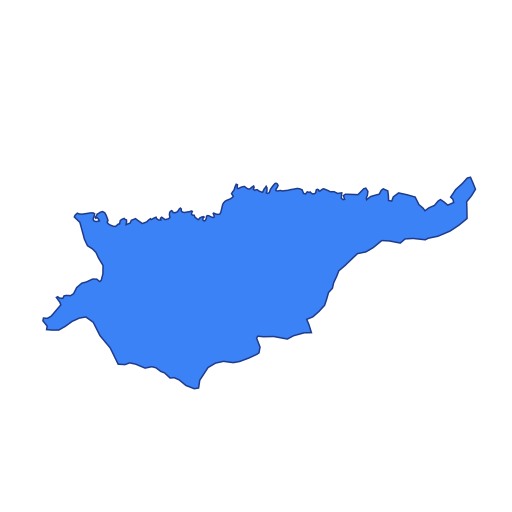 outline of Jaedae, Sinoe, Liberia, rotated 201°
{"feature_id": "62588387B27805419534049", "entity_name": "Jaedae", "entity_type": "district", "adm_level": 2, "iso_a3": "LBR", "parent_name": "Liberia", "parent_adm1": "Sinoe", "projection": "natural_earth1", "projection_center": [-8.506, 5.086], "detail": "fine", "context": "isolated", "style": "filled", "palette": "blue", "viewbox_px": 512, "rotation_deg": 201, "n_neighbors": 0, "source": "geoboundaries", "source_scale": "gbopen_adm2", "svg_char_len": 4660}
<svg xmlns="http://www.w3.org/2000/svg" viewBox="0 0 512 512"><g transform="rotate(201 256 256)"><path d="M423.9,112.6L420.0,113.7L413.6,116.2L408.7,122.2L404.3,129.0L398.7,134.7L393.0,138.1L384.2,135.8L373.2,125.8L359.1,117.9L352.0,111.3L345.9,105.6L339.5,107.6L335.6,111.0L334.0,111.2L329.7,111.9L319.4,111.6L313.6,115.3L309.4,115.8L303.5,114.1L299.4,114.1L292.5,111.3L288.7,113.1L283.3,112.8L275.0,110.0L266.0,110.0L262.3,112.2L264.0,119.9L260.8,134.7L255.4,141.5L254.5,142.1L248.6,146.0L239.0,148.3L233.4,151.7L225.8,158.5L222.8,161.6L220.0,164.5L218.5,166.7L219.6,172.4L226.0,179.5L225.6,181.8L220.1,183.3L210.6,187.2L197.0,189.7L192.4,195.0L183.6,201.5L176.8,204.3L182.0,210.9L186.0,215.0L181.1,219.6L177.4,226.7L174.3,234.6L174.5,240.0L175.2,247.9L173.1,253.3L173.9,258.8L173.4,266.2L173.4,271.8L169.1,279.8L168.6,281.0L163.9,290.9L162.1,294.6L154.9,299.2L149.6,305.8L144.1,315.5L137.1,317.8L125.9,319.8L125.3,321.0L122.9,325.4L115.6,328.7L103.8,331.8L101.6,334.3L93.3,339.6L83.8,348.8L81.7,351.7L77.5,357.7L72.4,366.6L75.9,375.3L78.8,382.2L77.3,386.7L76.4,389.6L75.0,396.9L77.3,399.4L79.0,401.3L84.0,406.4L86.6,404.6L86.9,404.0L89.3,397.7L93.5,389.3L94.4,385.0L95.4,380.7L92.6,379.6L90.6,376.8L95.2,372.2L99.8,373.8L104.0,374.8L105.7,372.5L107.5,367.2L111.7,363.1L114.5,358.8L117.1,360.5L122.2,362.3L128.6,368.1L129.2,368.0L137.0,367.3L145.5,366.0L149.0,360.4L149.0,355.9L152.1,355.3L154.1,359.9L156.3,364.0L161.3,364.3L162.6,362.2L163.1,357.9L167.0,355.1L170.3,352.6L172.9,348.2L173.8,349.8L173.8,352.8L174.7,356.4L177.8,358.7L179.5,357.4L182.8,349.8L189.6,347.5L194.7,345.7L196.0,343.7L193.6,340.6L195.1,339.8L197.1,340.6L198.6,345.7L202.1,343.7L206.3,344.0L208.7,343.0L209.9,342.6L211.8,342.9L214.5,343.0L216.8,343.0L217.8,342.4L219.5,339.7L219.9,339.5L220.4,339.2L221.3,340.2L222.5,340.3L223.4,339.5L223.2,337.9L222.9,336.6L223.7,335.1L225.6,334.2L227.8,334.8L228.3,335.2L229.6,334.3L231.1,334.3L231.4,333.7L231.9,331.8L232.8,331.6L234.0,331.4L235.2,332.7L236.6,334.3L238.7,334.4L241.4,334.0L245.0,331.8L247.1,330.6L249.8,328.7L252.6,327.3L254.5,326.2L256.8,325.9L259.5,324.2L261.0,324.3L261.2,325.5L260.8,327.7L260.6,329.6L261.8,330.9L263.4,331.1L264.2,330.6L265.1,328.2L265.7,326.3L266.4,323.3L266.3,319.9L267.5,318.6L269.0,318.6L269.0,320.3L269.7,322.5L270.3,323.7L271.5,324.7L271.8,323.2L272.4,321.5L272.6,319.1L272.7,317.8L273.7,317.7L276.4,317.7L278.4,318.3L279.6,317.9L280.8,316.8L282.5,317.5L282.3,319.3L283.3,320.5L284.7,318.6L285.6,316.6L287.2,315.7L289.6,316.1L291.6,316.8L292.8,316.2L294.9,314.6L295.7,313.6L296.9,312.5L297.6,312.5L298.3,313.7L298.9,315.9L300.2,315.9L300.4,313.1L300.2,311.3L300.2,309.3L300.7,307.9L301.2,305.5L299.8,304.4L298.6,303.6L298.9,302.3L300.7,299.8L303.1,297.7L304.5,296.0L305.4,293.7L305.5,291.6L305.0,287.8L304.6,285.1L304.7,282.5L305.3,281.7L307.1,281.0L308.1,280.8L310.9,280.9L311.2,280.3L309.8,278.9L309.0,277.5L309.8,276.5L312.4,276.4L314.6,276.7L315.8,276.3L316.4,275.5L315.9,273.4L315.9,271.9L316.5,270.3L317.8,270.2L318.8,271.0L319.0,272.4L318.4,273.7L319.3,273.9L320.8,272.8L322.1,271.4L322.7,269.4L323.6,269.3L325.5,269.9L327.1,270.5L328.3,271.9L329.9,271.4L331.0,271.8L331.5,272.9L331.4,274.8L332.4,274.9L334.3,273.3L335.9,272.5L338.3,271.0L340.3,270.6L341.8,271.2L342.6,273.1L343.8,273.6L344.5,272.3L344.9,270.2L345.4,268.9L347.1,267.4L348.8,266.8L350.0,267.8L351.1,268.1L352.1,266.6L352.1,265.2L351.6,263.4L350.1,261.1L350.7,260.1L351.1,259.3L353.9,257.4L357.4,258.3L358.0,258.4L358.7,257.0L357.7,255.5L359.9,254.7L362.3,255.3L363.2,256.4L364.3,255.4L364.7,255.0L366.8,252.5L367.9,253.0L369.2,251.0L370.1,248.9L371.7,247.3L373.9,245.5L375.9,246.1L379.2,246.9L381.9,247.7L383.4,246.3L385.2,244.6L385.3,241.7L388.5,238.7L389.1,241.8L389.9,243.3L391.8,243.3L392.6,243.8L394.5,242.0L395.4,240.4L394.9,237.0L396.0,236.5L397.7,233.3L399.9,232.6L403.9,232.7L405.7,233.2L407.1,234.2L406.9,236.1L408.6,238.2L410.9,240.7L412.8,242.2L415.2,242.5L417.0,241.1L418.2,239.4L419.3,238.2L419.3,236.9L419.9,234.6L419.1,233.8L418.0,234.9L416.0,233.8L414.8,232.7L417.6,230.8L419.9,230.7L421.3,232.0L421.4,234.9L421.8,237.6L423.2,237.9L425.2,237.3L429.7,234.8L433.4,232.7L436.0,231.9L438.2,231.9L439.5,229.2L439.6,227.3L438.1,226.7L432.5,224.3L425.6,214.9L422.3,210.3L417.0,205.2L411.1,204.0L406.7,202.0L402.3,197.7L395.4,192.3L392.5,184.4L391.8,177.8L392.8,176.1L396.4,177.3L400.3,175.9L405.0,171.0L408.9,168.2L412.1,162.2L412.8,155.4L414.8,152.6L419.0,151.2L420.9,150.0L421.2,147.2L424.3,146.3L426.5,146.9L427.5,145.8L422.4,142.4L420.7,140.4L423.1,133.6L424.6,129.3L425.8,126.2L428.5,123.0L432.2,121.9L431.7,119.1L425.8,115.7L425.1,112.2L423.9,112.6Z" fill="#3b82f6" stroke="#1e3a8a" stroke-width="1.5"/></g></svg>